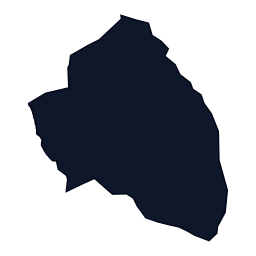 the district of Zereg, Hovd, Mongolia
{"feature_id": "93677404B75624012027982", "entity_name": "Zereg", "entity_type": "district", "adm_level": 2, "iso_a3": "MNG", "parent_name": "Mongolia", "parent_adm1": "Hovd", "projection": "mercator", "projection_center": [92.604, 47.134], "detail": "fine", "context": "isolated", "style": "filled", "palette": "ink", "viewbox_px": 256, "rotation_deg": 0, "n_neighbors": 0, "source": "geoboundaries", "source_scale": "gbopen_adm2", "svg_char_len": 1608}
<svg xmlns="http://www.w3.org/2000/svg" viewBox="0 0 256 256"><path d="M121.0,15.4L121.5,19.0L99.2,39.9L89.1,44.9L70.6,55.5L69.5,64.6L68.0,67.8L68.8,87.9L45.7,93.3L28.7,103.4L28.8,103.8L28.8,104.2L28.9,104.6L29.1,105.0L29.1,105.4L29.4,105.8L29.7,106.1L30.2,106.3L30.4,106.6L30.7,107.3L31.0,108.2L31.3,108.8L31.8,109.7L32.2,111.0L32.7,112.1L32.9,112.8L32.9,113.6L33.3,114.2L33.4,115.1L33.5,115.7L33.7,116.2L33.8,116.7L33.9,117.7L34.1,118.2L34.5,118.8L34.7,119.4L34.9,120.4L35.0,121.7L35.3,122.6L35.3,123.9L35.6,124.5L36.1,125.3L36.2,125.7L36.1,126.9L36.3,127.4L36.4,128.3L36.5,128.9L36.7,129.5L36.8,130.0L36.8,130.4L36.8,131.0L36.7,132.0L36.7,133.0L36.9,133.7L37.1,134.3L37.9,134.9L38.8,135.4L39.9,136.3L40.3,136.7L41.6,138.9L42.1,139.8L42.3,140.4L42.2,140.9L41.9,141.5L41.7,142.0L41.6,142.6L41.6,143.2L41.7,143.7L41.6,144.3L41.5,144.8L41.9,146.0L42.3,146.9L42.9,147.7L43.4,148.7L43.7,149.4L43.9,149.8L45.7,152.7L47.0,154.7L48.2,155.7L49.1,157.1L50.7,158.7L51.1,159.2L51.6,159.7L52.0,160.1L52.4,160.4L52.5,160.5L53.0,160.8L54.1,160.8L54.6,160.9L54.9,160.8L55.2,160.8L55.6,160.8L55.9,160.8L56.5,160.7L58.3,169.2L60.6,170.9L66.6,175.4L67.7,179.5L66.3,191.5L81.3,184.3L94.5,178.3L105.1,187.7L112.5,194.1L126.7,193.8L133.4,198.1L137.2,205.8L145.8,217.7L157.6,221.8L169.1,224.7L179.0,226.9L187.2,230.8L194.9,235.2L209.0,240.6L216.7,233.3L217.5,226.4L225.1,212.3L227.3,190.3L218.9,160.2L218.3,131.3L211.2,113.6L203.8,103.3L201.1,95.0L192.6,89.2L190.3,82.7L179.9,74.7L175.0,64.6L164.8,56.2L168.3,48.8L161.0,41.2L152.0,35.4L148.4,23.2L136.1,20.1L121.0,15.4Z" fill="#0f172a" stroke="#020617" stroke-width="1.5"/></svg>